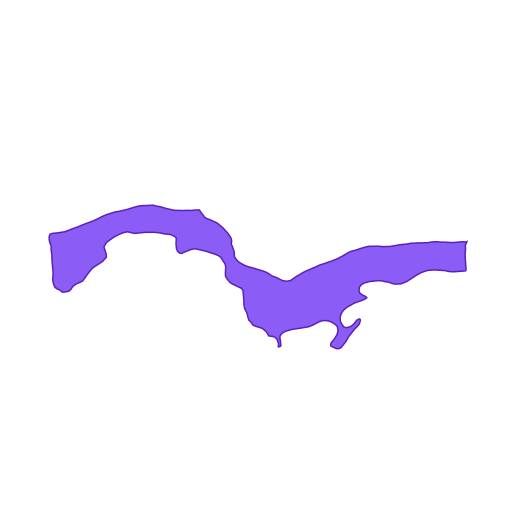 VI-6 Upper Canje/Corentyn, East Berbice-Corentyne, Guyana, rotated 60°
{"feature_id": "73187651B40141145905740", "entity_name": "VI-6 Upper Canje/Corentyn", "entity_type": "district", "adm_level": 2, "iso_a3": "GUY", "parent_name": "Guyana", "parent_adm1": "East Berbice-Corentyne", "projection": "equal_earth", "projection_center": [-57.578, 5.103], "detail": "fine", "context": "isolated", "style": "filled", "palette": "violet", "viewbox_px": 512, "rotation_deg": 60, "n_neighbors": 0, "source": "geoboundaries", "source_scale": "gbopen_adm2", "svg_char_len": 3771}
<svg xmlns="http://www.w3.org/2000/svg" viewBox="0 0 512 512"><g transform="rotate(60 256 256)"><path d="M349.0,66.2L348.7,67.5L346.7,70.3L344.8,74.6L342.7,78.9L341.0,81.7L338.6,85.2L336.4,89.1L334.0,92.3L331.9,96.4L330.4,100.4L328.3,104.4L326.0,108.6L324.3,111.9L322.5,115.3L321.0,119.6L318.0,126.1L316.6,130.2L314.6,135.5L312.9,138.4L311.4,141.3L308.5,145.4L306.4,149.2L303.9,153.7L302.7,157.7L301.7,162.1L300.7,167.1L299.3,172.1L299.2,176.4L299.3,181.4L299.0,187.1L298.3,192.6L297.5,196.1L296.7,200.7L295.7,205.0L295.2,210.2L294.6,215.3L294.1,219.4L293.8,223.4L293.9,226.7L293.9,231.2L294.2,235.0L294.5,238.3L293.3,241.9L290.6,245.3L287.9,247.1L285.5,248.6L283.3,250.3L281.1,252.3L278.4,253.4L275.1,255.3L272.2,257.7L270.2,259.7L264.8,264.6L261.8,267.7L258.7,270.3L255.4,272.4L252.5,274.0L249.1,274.8L245.6,275.0L242.3,273.1L239.3,272.3L236.3,271.8L233.2,271.4L230.7,269.5L228.3,268.7L225.3,268.7L221.6,269.1L218.8,269.8L215.2,270.5L211.4,271.9L208.3,273.0L204.7,275.5L201.8,277.5L198.8,280.0L196.5,281.2L194.1,281.3L191.6,281.8L187.8,282.0L185.7,285.8L184.2,289.3L182.0,292.8L180.3,296.2L177.5,300.8L175.3,304.3L172.7,307.0L170.8,309.1L168.1,311.8L165.5,314.2L162.9,317.4L160.4,319.8L158.8,323.1L157.4,325.8L155.3,329.7L154.0,332.8L152.4,339.1L151.3,344.1L150.0,348.4L148.8,352.5L147.3,356.2L145.7,363.6L145.1,367.3L144.8,370.8L144.6,375.0L144.2,379.2L143.6,383.2L142.7,388.1L142.1,392.2L141.7,395.8L140.7,401.0L140.1,405.6L139.3,409.7L137.8,413.6L136.4,417.1L134.8,420.5L134.1,423.5L135.9,425.5L138.6,427.0L142.0,428.1L144.4,428.1L147.4,429.9L150.3,431.2L152.9,432.1L155.9,433.9L158.2,435.0L161.1,436.4L163.7,437.6L166.8,439.0L169.3,440.3L171.5,441.6L174.0,443.4L176.2,444.5L179.4,445.4L182.6,445.8L185.2,444.6L187.6,442.8L190.5,441.8L191.7,439.4L192.9,435.7L192.3,432.8L190.8,430.0L190.3,426.0L190.8,421.7L190.9,418.5L186.6,408.9L184.9,404.2L184.6,402.4L184.0,391.6L182.3,386.4L179.8,384.9L172.1,383.1L171.2,381.8L169.5,378.6L168.6,370.2L168.7,365.0L169.5,358.8L170.8,355.1L175.6,350.1L180.3,339.7L185.1,331.5L188.7,326.7L190.6,324.9L194.7,319.2L198.4,316.6L200.7,316.1L205.5,319.2L209.9,321.2L212.7,321.6L215.4,320.6L216.6,319.2L216.8,316.4L217.9,308.5L219.6,304.7L227.0,296.8L228.1,295.8L228.8,295.2L229.7,294.4L233.7,290.8L236.8,288.4L239.5,287.2L247.1,286.8L250.0,287.5L255.4,291.0L258.5,292.6L262.4,292.4L262.7,292.3L265.9,291.7L267.4,291.0L268.1,290.7L276.3,285.1L276.3,284.7L279.5,284.6L288.4,288.7L290.7,290.0L292.0,290.7L295.7,292.1L300.4,292.3L304.8,293.5L305.0,293.6L308.1,294.3L309.6,293.7L309.9,293.6L314.5,293.1L317.1,291.1L319.1,289.2L321.6,286.9L325.0,285.5L327.1,284.9L331.6,284.9L334.5,281.2L335.6,280.3L338.8,279.4L343.5,280.4L345.6,282.1L346.0,282.0L346.5,280.0L345.7,279.0L342.7,277.8L342.5,277.7L342.1,277.4L338.9,276.3L337.1,275.0L335.9,271.8L335.9,268.2L337.7,261.1L339.7,256.2L343.6,245.9L344.2,241.8L344.6,233.6L345.3,230.8L346.8,227.8L349.7,224.5L353.8,222.0L357.4,220.8L361.4,222.1L364.5,225.0L367.0,229.5L368.8,234.4L370.3,235.9L371.7,236.1L376.4,232.7L377.7,230.6L377.9,228.2L375.1,221.0L372.3,216.4L368.5,206.9L367.5,202.9L366.5,200.5L364.0,197.8L362.4,197.3L362.4,197.2L362.0,199.1L362.0,201.0L363.7,204.9L364.4,208.7L363.8,212.2L362.7,214.3L361.1,215.5L357.5,215.8L355.0,215.6L351.6,214.1L348.5,211.1L346.7,207.3L345.9,203.0L345.9,194.8L347.8,184.0L347.6,181.0L345.7,181.4L343.7,182.9L341.3,184.1L340.3,184.6L337.4,184.1L334.6,181.9L333.7,179.7L333.4,176.1L334.8,170.7L338.4,162.5L340.9,158.9L343.4,156.5L343.5,155.7L349.2,150.5L350.6,148.3L352.6,144.3L353.5,138.4L352.9,127.0L353.0,121.2L353.7,117.2L354.5,114.0L357.5,108.0L363.1,99.7L366.1,96.4L368.3,93.1L372.7,84.1L373.7,81.7L371.7,80.3L368.2,78.7L365.5,77.3L361.5,75.4L358.2,73.5L355.2,71.3L351.5,69.4L349.0,66.2Z" fill="#8b5cf6" stroke="#5b21b6" stroke-width="1.5"/></g></svg>